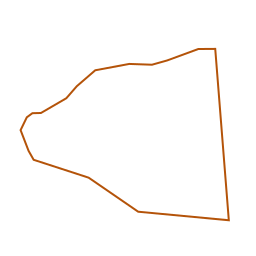 Izola, orthographic projection, rotated 94°
{"feature_id": "SVN-1027", "entity_name": "Izola", "entity_type": "Municipality", "adm_level": 1, "iso_a3": "SVN", "parent_name": "Slovenia", "parent_adm1": "", "projection": "orthographic", "projection_center": [13.637, 45.516], "detail": "fine", "context": "isolated", "style": "outline", "palette": "amber", "viewbox_px": 256, "rotation_deg": 94, "n_neighbors": 0, "source": "natural_earth", "source_scale": "10m", "svg_char_len": 368}
<svg xmlns="http://www.w3.org/2000/svg" viewBox="0 0 256 256"><g transform="rotate(94 128 128)"><path d="M43.0,46.5L213.0,21.0L210.8,112.0L180.3,163.8L166.3,219.9L157.7,225.6L137.6,235.0L124.4,229.7L119.9,224.4L119.1,215.9L102.6,191.6L89.9,182.0L72.7,164.7L64.0,131.2L63.2,108.5L57.9,93.7L44.3,63.4L43.0,46.5Z" fill="none" stroke="#b45309" stroke-width="2"/></g></svg>